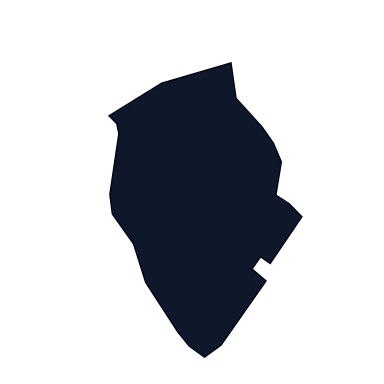 outline of Manafwa, rotated 125°
{"feature_id": "UGA-3116", "entity_name": "Manafwa", "entity_type": "District", "adm_level": 1, "iso_a3": "UGA", "parent_name": "Uganda", "parent_adm1": "", "projection": "orthographic", "projection_center": [34.325, 0.877], "detail": "fine", "context": "isolated", "style": "filled", "palette": "ink", "viewbox_px": 384, "rotation_deg": 125, "n_neighbors": 0, "source": "natural_earth", "source_scale": "10m", "svg_char_len": 472}
<svg xmlns="http://www.w3.org/2000/svg" viewBox="0 0 384 384"><g transform="rotate(125 192 192)"><path d="M320.1,87.1L319.8,105.8L314.8,123.3L292.6,178.1L268.0,210.1L255.7,244.6L241.0,257.9L186.1,285.4L179.1,292.9L177.2,303.6L176.8,303.5L120.2,279.2L63.9,234.1L90.0,209.7L98.5,172.1L105.4,153.2L116.1,136.1L146.5,121.5L145.9,105.7L149.3,87.8L205.7,87.0L205.7,98.7L220.7,98.7L222.4,80.4L300.8,80.4L320.1,87.1Z" fill="#0f172a" stroke="#020617" stroke-width="1.5"/></g></svg>